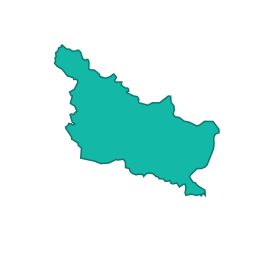 outline of Bawku West, Upper East, Ghana, rotated 302°
{"feature_id": "2480657B35637781657714", "entity_name": "Bawku West", "entity_type": "district", "adm_level": 2, "iso_a3": "GHA", "parent_name": "Ghana", "parent_adm1": "Upper East", "projection": "albers", "projection_center": [-0.469, 10.843], "detail": "medium", "context": "isolated", "style": "filled", "palette": "teal", "viewbox_px": 256, "rotation_deg": 302, "n_neighbors": 0, "source": "geoboundaries", "source_scale": "gbopen_adm2", "svg_char_len": 1881}
<svg xmlns="http://www.w3.org/2000/svg" viewBox="0 0 256 256"><g transform="rotate(302 128 128)"><path d="M176.4,145.2L166.1,141.4L162.3,135.4L157.9,132.8L155.2,124.0L156.1,122.6L158.0,122.1L159.5,119.3L158.1,115.7L157.3,108.0L158.0,107.5L159.6,109.1L161.1,108.0L161.7,106.6L160.4,104.4L160.8,99.6L163.7,98.3L160.2,93.0L161.5,91.4L164.9,91.3L166.3,87.3L162.0,85.6L158.4,82.7L156.7,77.0L158.4,75.3L159.3,68.5L157.5,66.0L157.4,63.4L162.5,60.5L164.7,58.2L164.5,56.9L162.6,55.9L162.9,52.6L167.2,47.6L167.8,44.5L164.7,42.0L163.6,39.5L164.0,36.8L162.3,34.0L163.5,28.2L162.2,27.8L161.5,28.6L159.1,26.8L156.3,27.7L153.5,26.8L150.2,29.4L148.9,28.9L146.4,31.1L144.1,31.3L142.8,35.1L142.9,41.4L140.0,48.9L141.7,55.0L140.4,56.2L142.1,58.8L140.6,61.2L132.5,62.0L127.4,59.4L125.3,62.8L125.8,63.8L118.3,66.1L118.4,71.2L115.0,76.0L113.1,74.8L110.9,75.1L109.8,72.4L108.6,71.8L103.5,77.6L103.3,80.9L101.0,79.5L101.5,77.8L100.4,75.3L98.3,75.7L95.9,74.5L94.9,75.1L90.4,85.1L88.8,85.9L88.7,93.8L86.9,95.0L86.3,99.2L77.4,103.9L82.1,116.8L83.4,123.7L88.3,130.4L95.2,134.7L95.1,135.8L99.1,140.8L97.6,144.0L93.1,146.9L94.3,150.4L92.2,153.2L91.8,155.9L92.6,159.8L94.4,161.3L96.4,165.4L95.2,167.0L98.6,167.6L101.1,169.9L102.5,173.3L101.8,177.4L102.4,179.6L101.5,181.4L103.5,184.8L102.5,188.0L105.4,191.2L103.9,193.9L104.4,195.7L107.3,198.6L105.2,202.8L109.8,205.0L110.6,206.5L107.2,209.2L103.2,210.8L101.6,212.7L105.5,216.8L107.2,221.9L110.1,224.7L109.2,226.0L112.5,226.4L111.8,229.2L116.0,226.2L116.0,217.7L117.2,213.9L116.4,212.0L119.0,206.2L121.3,205.9L130.1,208.1L132.6,211.8L135.7,214.0L138.7,214.6L155.3,211.6L160.0,209.5L165.3,205.7L169.2,205.3L172.3,207.7L175.0,205.8L178.6,196.7L174.2,189.4L168.5,187.3L166.1,185.0L165.4,176.9L163.5,172.0L164.1,165.9L162.4,161.8L163.9,158.7L167.8,157.7L170.9,155.4L172.6,150.9L177.6,147.3L176.4,145.2Z" fill="#14b8a6" stroke="#0f766e" stroke-width="1.5"/></g></svg>